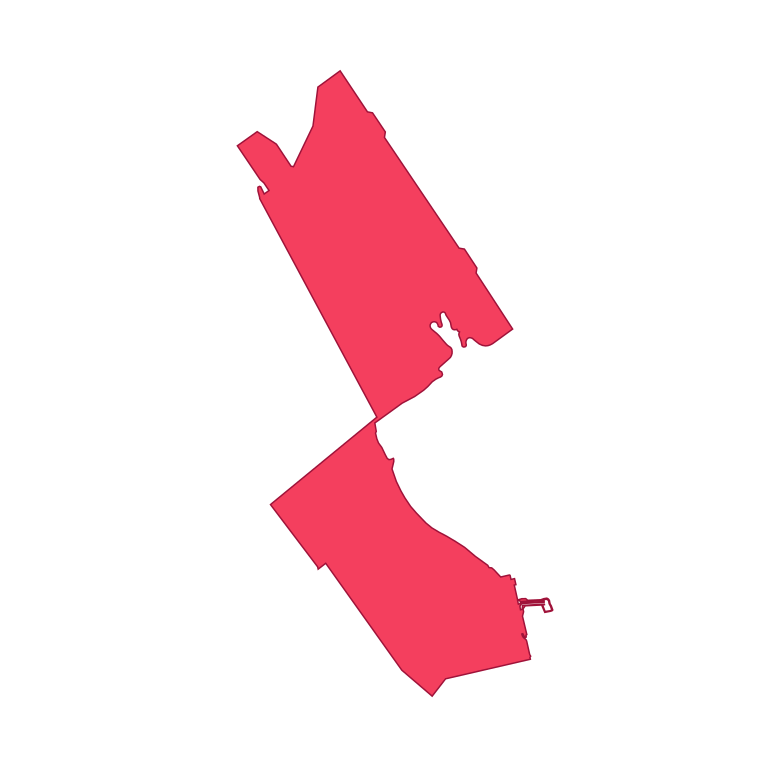 49, Ad Dawhah, Qatar (Robinson projection), rotated 347°
{"feature_id": "91078587B40201324753921", "entity_name": "49", "entity_type": "district", "adm_level": 2, "iso_a3": "QAT", "parent_name": "Qatar", "parent_adm1": "Ad Dawhah", "projection": "robinson", "projection_center": [51.615, 25.249], "detail": "fine", "context": "isolated", "style": "filled", "palette": "rose", "viewbox_px": 768, "rotation_deg": 347, "n_neighbors": 0, "source": "geoboundaries", "source_scale": "gbopen_adm2", "svg_char_len": 3456}
<svg xmlns="http://www.w3.org/2000/svg" viewBox="0 0 768 768"><g transform="rotate(347 384 384)"><path d="M464.7,685.1L464.7,683.2L465.7,682.2L465.1,680.4L465.2,666.7L465.0,665.4L464.4,664.4L463.4,663.2L462.7,662.1L462.2,660.7L462.0,658.6L463.1,658.5L463.8,661.4L464.4,662.4L465.0,662.8L465.6,662.6L465.8,661.7L465.8,660.7L466.8,660.3L466.7,641.4L468.8,637.3L468.9,634.4L471.7,631.9L487.9,634.8L489.3,642.7L494.9,642.9L494.8,642.3L489.8,641.9L488.9,635.7L489.3,635.1L490.7,635.1L490.7,634.6L488.8,634.3L469.3,630.9L467.8,634.7L466.2,634.7L466.4,630.9L467.0,630.8L468.5,629.1L469.5,629.0L490.9,632.7L491.1,632.0L483.4,630.8L467.7,628.0L467.2,628.7L465.4,628.7L465.4,625.4L467.4,625.3L467.8,626.6L487.3,629.9L488.9,630.4L491.2,630.6L492.7,630.1L493.8,630.3L494.7,630.9L495.3,631.6L495.6,632.6L495.5,635.3L496.3,638.2L496.6,641.3L496.3,641.8L495.8,642.1L496.0,642.8L497.2,642.6L497.6,642.1L497.1,637.8L496.4,635.6L496.4,634.2L496.5,632.1L495.8,630.5L494.5,629.3L491.4,629.1L488.2,629.5L475.4,627.1L473.8,625.0L470.0,624.2L465.6,624.5L465.7,609.2L467.4,609.2L467.4,606.8L467.4,603.0L463.8,603.0L463.8,598.8L463.2,598.3L454.3,598.3L451.5,593.5L449.5,590.0L447.6,587.4L445.0,586.5L444.3,584.0L440.7,579.9L434.3,572.6L425.8,561.3L418.4,553.7L410.9,546.5L404.3,540.8L398.3,535.0L393.6,528.9L386.5,517.0L382.4,509.3L378.7,499.6L376.4,491.9L374.1,481.8L372.7,468.6L376.1,461.7L376.6,459.3L376.3,458.5L374.0,459.0L371.8,458.8L370.4,457.2L369.3,453.1L367.6,445.4L365.4,440.3L364.7,435.9L364.7,429.9L365.8,428.5L366.3,419.9L374.8,416.3L378.6,414.7L379.6,414.3L397.2,406.8L411.3,403.0L421.4,398.9L426.3,396.2L431.6,392.6L434.6,391.4L435.1,391.1L438.6,390.2L440.7,389.9L442.1,389.3L443.1,388.0L443.1,386.7L442.9,385.2L441.8,384.2L441.0,383.3L440.8,383.1L440.6,382.2L440.9,381.1L442.2,379.9L453.0,374.0L454.7,373.0L456.2,371.3L457.2,369.5L457.7,367.5L457.9,365.6L457.4,363.9L456.7,362.9L455.9,362.1L454.7,360.8L453.9,359.6L453.4,358.7L451.3,354.8L450.0,352.2L449.0,350.2L448.1,348.7L447.4,347.6L446.6,346.4L445.5,345.0L443.2,342.0L442.4,340.8L442.0,339.6L441.9,338.2L442.2,336.9L443.0,335.8L443.9,335.0L444.9,334.6L446.1,334.5L447.2,334.7L448.4,335.3L449.3,336.3L449.7,337.6L449.9,338.7L449.8,339.9L450.3,340.5L450.9,341.1L452.1,341.3L452.9,341.1L453.5,340.6L453.9,339.6L453.9,338.6L453.7,336.5L453.7,333.5L454.1,329.9L454.4,328.9L454.5,328.6L455.4,327.7L456.4,327.3L457.4,327.0L458.4,327.3L459.3,328.0L459.7,329.0L459.9,330.8L460.8,333.3L462.0,336.5L462.6,339.2L462.5,341.3L462.4,343.6L462.8,345.3L463.6,346.4L464.7,347.0L466.2,347.2L467.3,347.1L467.5,348.2L468.2,349.4L469.3,350.3L468.7,351.1L468.1,352.3L468.0,353.9L468.6,357.8L468.8,360.3L468.7,363.1L468.6,364.5L469.1,365.3L469.9,365.9L471.0,366.0L471.8,365.9L472.7,365.2L473.0,364.2L473.0,362.4L473.5,360.8L474.3,359.6L475.2,358.7L476.5,358.1L477.9,358.1L479.1,358.6L480.4,359.4L481.8,361.4L483.6,363.7L485.8,366.4L488.6,368.5L491.5,369.7L494.0,370.0L496.2,369.8L498.9,369.1L521.7,359.4L498.7,296.6L500.6,291.9L492.7,270.6L487.7,268.5L439.9,143.9L442.0,138.7L433.8,117.2L429.1,115.1L411.7,69.0L386.4,79.8L379.6,98.2L378.6,101.0L372.8,116.7L344.7,151.9L342.4,150.9L333.1,126.1L317.2,109.6L294.7,118.9L309.3,156.9L312.2,161.0L315.5,169.6L310.0,171.9L308.2,164.1L307.1,163.4L305.4,163.9L304.6,167.6L304.8,174.1L304.6,175.5L369.6,414.7L246.3,475.9L246.6,476.7L278.2,547.2L278.2,549.6L286.9,545.6L329.3,648.3L337.0,666.9L360.7,699.0L377.7,685.1L464.7,685.1Z" fill="#f43f5e" stroke="#9f1239" stroke-width="1.5"/></g></svg>